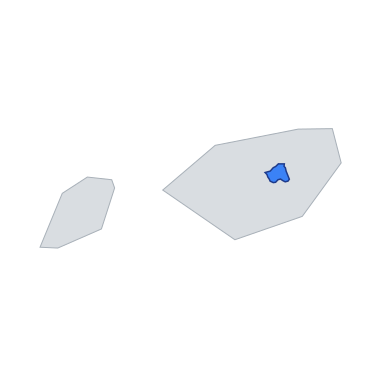 location of Qormi within Malta, rotated 305°
{"feature_id": "MLT-5945", "entity_name": "Qormi", "entity_type": "state/province", "adm_level": 1, "iso_a3": "MLT", "parent_name": "Malta", "parent_adm1": "", "projection": "robinson", "projection_center": [14.465, 35.875], "detail": "fine", "context": "in_parent", "style": "filled", "palette": "blue", "viewbox_px": 384, "rotation_deg": 305, "n_neighbors": 0, "source": "natural_earth", "source_scale": "10m", "svg_char_len": 685}
<svg xmlns="http://www.w3.org/2000/svg" viewBox="0 0 384 384"><g transform="rotate(305 192 192)"><path d="M324.4,270.6L301.4,297.5L235.3,296.3L177.5,254.5L176.8,166.9L243.5,184.2L304.4,242.9L324.4,270.6ZM150.9,126.3L109.8,139.0L69.1,114.2L59.6,99.2L116.5,86.5L144.2,97.7L156.0,119.2L150.9,126.3Z" fill="#d9dde1" stroke="#a8b0b8" stroke-width="1"/><path d="M253.8,262.5L253.4,259.8L253.4,257.1L251.4,255.4L247.9,254.9L246.3,253.2L245.7,249.8L246.9,247.8L247.7,245.6L249.3,243.4L249.9,240.7L254.0,244.1L258.5,244.6L260.9,245.9L264.6,246.6L268.0,251.5L265.8,252.7L265.4,254.6L263.1,257.1L258.3,264.4L256.0,264.4L253.8,262.5Z" fill="#3b82f6" stroke="#1e3a8a" stroke-width="1.5"/></g></svg>